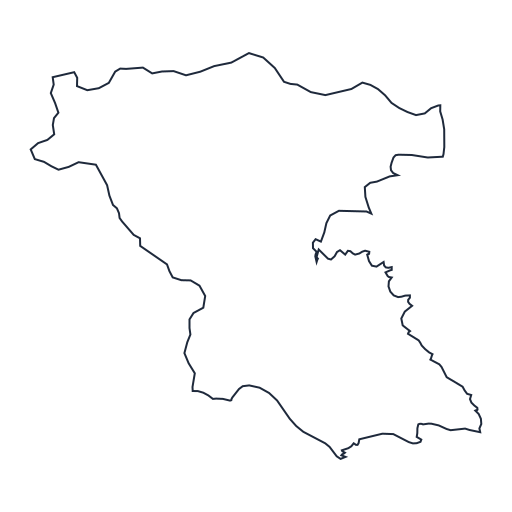 outline of Burgas
{"feature_id": "BGR-2254", "entity_name": "Burgas", "entity_type": "Province", "adm_level": 1, "iso_a3": "BGR", "parent_name": "Bulgaria", "parent_adm1": "", "projection": "natural_earth1", "projection_center": [27.462, 42.445], "detail": "fine", "context": "isolated", "style": "outline", "palette": "slate", "viewbox_px": 512, "rotation_deg": 0, "n_neighbors": 0, "source": "natural_earth", "source_scale": "10m", "svg_char_len": 3287}
<svg xmlns="http://www.w3.org/2000/svg" viewBox="0 0 512 512"><path d="M340.6,458.9L336.7,456.3L329.6,446.9L325.2,443.3L303.3,431.8L296.2,426.0L289.7,418.7L277.1,400.5L269.1,393.0L259.6,387.7L249.2,385.4L242.7,386.2L239.0,389.0L232.4,397.4L231.6,398.8L231.3,400.2L230.0,400.6L222.9,398.9L216.2,398.6L212.9,398.9L208.3,395.4L203.3,392.7L197.9,391.1L192.7,391.0L192.7,390.9L192.5,387.0L194.8,373.3L188.6,363.2L184.4,353.1L187.3,342.2L190.4,334.5L189.5,328.1L189.5,319.4L193.5,313.0L203.3,307.7L205.2,296.0L199.5,285.7L190.6,280.4L181.4,280.2L172.7,277.4L169.4,271.1L167.0,264.4L140.2,245.9L140.0,238.3L133.7,234.9L122.1,221.5L119.6,218.0L119.0,213.2L116.9,208.3L113.0,205.0L109.4,195.6L107.1,185.2L95.9,164.7L78.6,162.2L68.7,166.9L58.5,169.7L51.3,166.2L44.1,161.9L34.8,159.1L30.7,149.4L38.1,143.1L47.4,139.9L54.2,134.3L52.8,125.0L54.0,118.1L58.4,112.7L55.1,103.1L50.8,93.1L53.7,84.6L52.7,77.2L74.2,72.2L77.2,77.8L77.0,86.1L87.3,90.2L98.8,88.2L108.8,82.9L115.2,71.6L120.2,68.6L126.1,68.9L142.9,67.6L152.2,73.4L161.9,71.5L173.6,71.1L186.0,75.3L200.3,71.7L214.2,66.1L231.3,62.6L248.9,53.1L263.2,57.5L274.8,68.0L284.0,81.8L290.4,83.9L297.3,84.6L310.8,92.1L325.4,95.1L351.4,89.0L362.4,82.6L370.4,84.9L378.0,89.1L385.1,95.3L391.5,102.9L399.2,108.0L407.4,112.0L416.0,115.1L424.8,113.4L431.1,108.2L438.2,105.5L440.3,105.3L440.2,111.4L442.6,119.5L444.2,129.3L444.3,147.1L443.5,154.1L442.8,156.7L427.7,157.5L411.8,155.0L398.7,154.7L395.6,155.2L393.5,157.5L391.6,162.7L390.6,166.7L391.0,170.2L393.1,173.0L397.7,175.2L389.7,176.4L376.9,181.6L370.2,182.8L364.8,187.1L365.4,196.9L368.7,207.4L371.3,213.6L366.5,211.5L338.9,210.8L330.2,215.5L326.4,223.1L324.3,232.4L320.9,241.6L315.6,239.2L312.9,242.7L313.0,248.2L316.6,251.8L315.6,254.4L315.3,256.3L316.6,262.0L317.5,259.2L317.9,258.7L316.6,257.1L318.7,249.5L328.0,258.7L331.0,259.5L334.6,256.3L337.0,252.0L340.0,250.2L345.2,254.6L347.9,250.8L350.4,251.2L352.8,253.4L355.1,254.6L359.3,253.5L362.2,251.7L365.1,250.7L369.3,251.8L369.1,253.7L368.8,254.1L368.2,254.0L367.2,254.6L369.0,261.1L371.9,265.7L376.5,266.6L383.6,262.0L384.1,265.5L385.8,267.4L388.4,267.8L391.7,267.1L391.7,269.9L390.0,270.4L385.5,272.4L387.7,276.1L388.9,277.0L391.7,277.5L388.9,281.3L388.5,286.4L390.3,291.6L393.7,295.4L398.1,297.1L401.5,296.7L405.2,295.6L409.9,295.4L409.9,297.7L408.2,299.8L408.1,301.8L409.5,303.8L412.1,305.8L404.8,311.6L401.3,318.5L402.7,325.4L410.0,331.1L408.7,332.1L408.5,332.5L408.0,333.8L418.7,340.4L420.3,342.8L421.7,345.5L425.1,349.1L429.1,352.4L432.5,354.2L431.9,355.5L431.0,358.4L430.4,359.6L439.3,364.3L441.5,366.9L446.7,377.2L462.6,386.7L464.6,390.4L467.1,393.8L471.2,395.0L470.0,399.1L471.4,402.6L474.3,405.5L477.3,407.8L477.5,409.7L477.0,410.2L476.2,410.2L475.3,410.6L478.7,414.0L480.9,418.8L481.3,424.0L479.4,428.4L480.2,432.2L469.6,430.0L465.1,428.6L450.6,430.2L446.6,429.0L438.7,425.4L431.4,423.7L428.6,423.6L423.0,424.4L421.8,423.9L420.6,423.8L419.4,423.9L418.3,424.4L417.4,428.2L417.3,433.2L416.7,436.9L421.3,439.6L420.5,441.8L416.7,443.2L412.9,443.4L408.8,442.1L393.3,434.1L382.4,433.7L359.3,439.3L358.6,443.1L357.5,444.9L356.0,444.9L353.7,443.3L351.3,446.3L348.3,448.2L341.9,450.3L342.3,451.2L343.1,451.7L344.0,452.2L344.9,452.7L343.9,453.5L342.1,454.4L341.4,455.3L345.5,456.9L340.6,458.9Z" fill="none" stroke="#1e293b" stroke-width="2"/></svg>